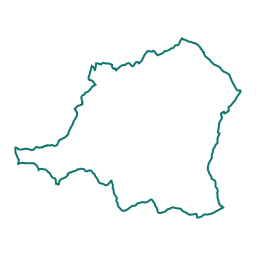 Fosca, Cundinamarca, Colombia
{"feature_id": "7082276B26264709784086", "entity_name": "Fosca", "entity_type": "district", "adm_level": 2, "iso_a3": "COL", "parent_name": "Colombia", "parent_adm1": "Cundinamarca", "projection": "natural_earth1", "projection_center": [-73.944, 4.318], "detail": "fine", "context": "isolated", "style": "outline", "palette": "teal", "viewbox_px": 256, "rotation_deg": 0, "n_neighbors": 0, "source": "geoboundaries", "source_scale": "gbopen_adm2", "svg_char_len": 5762}
<svg xmlns="http://www.w3.org/2000/svg" viewBox="0 0 256 256"><path d="M223.2,207.5L222.4,206.5L221.4,206.2L220.3,205.4L219.0,203.4L218.3,199.9L217.8,198.7L217.5,197.4L217.4,196.6L217.7,195.9L217.7,195.1L217.1,193.1L217.4,192.2L217.7,191.9L217.7,190.3L217.4,189.5L217.0,188.5L216.0,187.4L215.6,186.7L215.5,186.2L215.6,184.2L215.5,182.6L215.2,181.2L214.6,180.3L212.7,179.5L211.9,179.0L211.6,178.4L211.1,176.3L209.6,174.1L209.0,172.4L207.9,169.9L207.8,168.3L208.1,165.9L208.7,163.7L209.1,162.8L211.7,158.2L211.9,157.6L211.7,155.7L211.8,154.9L212.5,153.2L212.6,152.3L213.4,148.8L214.4,147.5L214.9,146.4L215.5,145.5L215.9,144.5L217.3,143.1L217.5,142.6L217.6,141.4L217.4,140.4L217.7,138.0L218.3,136.1L219.5,133.6L219.3,133.6L218.4,133.0L218.0,132.5L217.9,131.7L218.3,130.2L219.0,125.8L219.0,123.9L219.5,122.4L220.6,120.4L221.3,119.4L222.1,117.5L222.0,117.0L221.4,116.3L221.1,114.3L221.1,113.3L223.8,111.7L224.4,113.5L226.3,112.7L227.2,112.0L227.9,111.2L228.7,110.8L228.6,107.2L230.0,106.2L231.1,105.2L233.3,102.3L235.2,100.4L236.9,96.8L239.4,93.5L239.9,92.6L240.5,92.1L240.6,91.6L240.4,90.7L240.1,90.4L239.6,90.4L239.1,90.6L237.5,90.3L236.8,90.0L236.5,89.5L233.4,84.0L232.0,81.3L229.9,76.2L229.7,75.1L229.3,74.7L227.3,73.3L226.2,72.8L225.1,72.1L223.8,71.8L221.5,69.6L220.0,67.6L218.3,66.4L216.2,65.3L214.3,64.7L213.1,63.7L212.2,62.7L210.9,61.6L209.7,59.9L208.9,59.1L207.7,58.4L206.8,57.4L205.2,56.2L204.0,53.8L204.1,52.4L202.8,51.9L202.3,50.0L200.6,48.6L200.4,48.1L200.2,47.2L198.8,46.0L197.9,44.7L196.5,44.2L195.2,43.3L192.6,42.7L191.2,41.9L189.1,41.7L187.5,41.2L186.5,40.5L185.3,39.9L183.8,39.6L181.9,38.4L181.6,39.1L180.1,41.1L179.5,43.0L178.6,44.6L177.1,45.3L175.9,45.2L175.1,45.7L173.4,47.8L172.8,48.2L171.1,48.4L169.1,50.0L166.9,50.9L164.6,51.2L164.1,51.4L163.9,51.6L163.4,52.6L161.5,53.9L158.8,54.7L157.6,55.3L157.2,55.0L156.6,54.2L155.5,53.4L155.4,52.5L154.0,51.0L153.4,51.1L153.1,50.9L152.7,51.5L152.2,51.7L151.2,51.6L149.5,51.1L147.4,51.2L145.9,53.1L144.4,55.2L143.8,56.4L142.1,60.1L140.9,61.6L139.2,63.2L138.8,63.4L137.8,62.1L136.2,62.1L135.3,63.0L133.9,65.2L132.8,66.3L132.5,66.3L131.5,65.6L129.4,63.4L129.0,63.2L128.1,63.2L126.1,63.9L125.2,65.2L123.3,65.0L122.8,65.3L122.1,65.3L121.0,65.9L116.0,70.3L115.8,70.1L115.4,68.5L114.8,68.3L114.3,68.4L113.9,68.8L113.4,68.7L112.2,67.2L112.0,66.5L112.1,64.7L110.8,64.2L109.5,64.0L108.9,63.5L108.3,63.4L105.9,63.5L105.0,63.3L104.5,63.0L103.1,62.9L102.3,63.3L101.3,64.3L100.9,64.5L100.1,63.9L99.2,64.0L97.8,63.3L96.8,63.5L96.1,63.4L95.6,67.7L95.0,69.7L94.8,70.0L94.6,69.7L94.1,68.2L93.5,67.3L92.6,66.5L91.8,65.9L90.3,71.6L89.9,72.8L89.9,73.4L88.5,77.7L88.7,79.4L88.9,79.6L89.3,79.8L91.2,80.3L92.5,81.0L94.1,83.1L95.5,84.7L93.1,86.1L92.0,86.9L91.0,88.5L89.6,90.3L87.4,92.0L85.4,92.7L85.0,93.0L84.3,94.6L82.9,95.1L82.2,95.7L81.5,96.6L81.3,97.9L82.5,102.4L82.5,102.6L82.0,102.9L82.0,103.1L82.5,103.7L82.4,104.3L79.9,105.3L77.4,106.0L77.0,106.7L76.5,107.2L74.7,108.7L75.0,109.5L75.5,109.8L75.8,110.7L77.1,112.8L76.9,114.9L76.4,116.8L73.5,121.6L72.8,123.9L71.9,125.7L71.4,126.4L69.4,130.3L68.4,132.9L68.3,133.8L67.3,135.6L66.5,135.9L65.0,137.4L64.2,137.8L62.4,138.6L61.3,139.4L60.5,139.5L59.3,140.2L58.8,140.9L58.3,142.5L57.7,143.5L57.5,144.3L57.1,145.0L56.5,145.4L54.5,146.0L54.2,146.0L53.2,145.4L51.7,144.9L50.6,145.4L49.9,145.6L48.6,145.3L47.7,145.6L47.1,145.2L46.8,145.2L46.0,146.0L44.8,146.0L43.9,146.2L43.7,146.4L43.3,147.2L43.1,147.3L41.8,147.0L41.2,147.4L39.8,147.8L38.7,147.7L38.3,147.6L37.5,147.0L37.1,146.9L36.7,147.0L35.7,147.4L35.2,147.8L33.9,149.4L32.1,150.1L29.8,149.6L28.8,149.1L26.6,148.8L25.4,148.8L24.1,149.1L20.3,149.6L18.4,149.3L17.3,148.2L16.6,147.8L15.4,147.6L15.4,150.9L15.6,153.1L16.4,154.6L17.7,158.0L18.1,158.7L18.9,159.8L18.2,163.8L21.4,162.9L24.7,163.0L26.0,163.3L31.8,163.2L34.0,163.3L34.5,163.5L35.3,164.5L37.0,166.0L37.8,167.8L38.6,168.8L38.7,169.8L39.3,169.2L40.5,169.0L41.9,169.0L45.3,169.5L46.6,170.3L47.2,171.1L48.4,172.2L49.6,173.0L50.5,174.3L51.1,175.8L52.3,177.4L53.1,177.9L54.8,178.3L55.5,179.1L55.9,181.3L55.9,183.1L56.1,183.9L57.4,183.9L58.2,184.6L58.6,184.5L58.9,183.9L59.3,181.4L59.7,180.6L60.2,179.9L61.4,178.9L61.9,178.7L63.3,178.4L66.2,176.9L67.9,174.9L67.7,174.0L67.9,173.6L68.5,173.4L69.6,172.6L71.1,172.3L72.6,171.6L75.8,170.7L77.8,169.3L79.1,169.3L80.5,168.8L81.8,168.8L83.9,169.2L84.3,169.6L85.3,171.0L86.0,171.3L87.3,171.3L88.1,170.6L88.3,170.5L89.5,170.7L90.6,170.4L91.1,170.6L91.8,171.4L92.9,173.1L93.7,173.7L94.3,174.0L94.6,174.4L95.0,175.6L95.8,176.9L96.8,178.0L98.8,182.1L99.4,182.8L100.3,183.4L101.9,183.6L102.9,183.9L105.5,185.2L106.4,185.3L107.5,184.8L108.1,184.4L109.3,183.0L110.5,181.3L111.0,180.9L111.5,180.7L111.7,181.1L111.8,182.5L112.7,184.4L112.9,185.0L112.6,187.8L112.8,188.3L113.3,189.0L113.6,189.5L113.6,191.7L113.9,193.0L114.7,194.8L116.6,197.5L116.8,197.9L116.9,198.6L116.4,199.7L116.3,200.8L116.7,201.8L117.7,203.2L117.7,204.1L118.0,205.4L118.4,206.5L119.9,208.3L121.8,210.3L122.7,210.8L123.8,210.8L125.9,210.3L127.6,209.3L130.7,207.0L132.0,206.1L134.4,205.6L135.6,205.6L135.9,205.3L136.5,204.3L138.1,203.2L139.1,203.1L140.7,202.5L141.1,202.3L143.1,202.1L144.8,202.5L146.6,202.2L148.7,201.2L150.2,199.8L151.3,199.5L151.7,199.6L152.3,200.2L153.4,201.9L154.7,203.6L155.0,204.3L155.1,205.8L155.5,206.3L156.3,207.1L156.6,207.6L157.8,212.0L158.1,212.4L158.8,213.0L160.0,213.0L164.2,212.0L166.0,210.9L167.1,209.6L167.5,209.4L169.9,208.7L171.9,207.5L173.8,207.4L175.2,208.0L176.3,208.2L179.8,208.6L180.9,209.0L181.4,209.5L182.4,210.8L182.8,211.1L188.0,213.8L189.4,214.8L192.5,214.5L195.9,213.9L196.6,214.0L196.8,214.8L197.0,217.4L197.7,217.6L198.3,217.6L201.9,216.4L202.9,215.3L203.8,214.7L204.2,214.6L205.2,214.4L206.5,214.6L207.9,214.5L210.7,213.9L212.4,213.3L213.8,212.7L216.7,211.0L223.2,207.5Z" fill="none" stroke="#0f766e" stroke-width="2"/></svg>